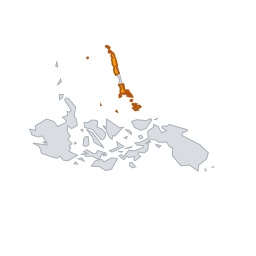 where Palawan sits in Philippines, rotated 118°
{"feature_id": "PHL-2534", "entity_name": "Palawan", "entity_type": "Province", "adm_level": 1, "iso_a3": "PHL", "parent_name": "Philippines", "parent_adm1": "", "projection": "albers", "projection_center": [119.135, 9.647], "detail": "fine", "context": "in_parent", "style": "filled", "palette": "amber", "viewbox_px": 256, "rotation_deg": 118, "n_neighbors": 0, "source": "natural_earth", "source_scale": "10m", "svg_char_len": 9150}
<svg xmlns="http://www.w3.org/2000/svg" viewBox="0 0 256 256"><g transform="rotate(118 128 128)"><path d="M118.4,44.1L127.8,48.2L133.1,46.0L131.8,56.4L136.5,63.4L131.7,75.7L124.9,79.1L125.1,82.5L122.4,87.1L126.3,94.7L125.4,96.8L127.2,102.2L133.0,105.3L132.8,102.4L138.2,100.2L142.2,101.8L144.4,107.5L146.9,106.4L147.2,103.4L153.5,106.3L153.4,107.8L150.2,108.8L153.7,113.7L153.3,115.8L157.9,116.8L156.9,122.9L154.6,121.4L155.4,118.4L147.2,116.8L145.2,111.6L137.9,105.5L136.3,105.8L138.9,112.3L138.0,114.9L135.1,110.7L127.4,105.2L121.9,109.1L115.4,106.0L112.8,107.1L112.5,102.0L116.6,96.0L112.1,92.9L112.1,98.2L110.2,98.6L107.8,94.1L105.6,93.4L101.7,75.0L102.4,74.0L106.6,77.7L109.3,76.8L109.0,56.9L112.1,45.5L118.4,44.1ZM175.8,159.7L185.3,165.8L186.8,170.1L184.8,174.8L187.7,176.2L189.0,179.9L190.9,192.4L185.9,197.7L186.0,204.9L181.0,191.5L179.2,192.5L175.3,200.1L178.1,203.0L179.3,209.4L175.1,214.4L173.5,208.3L169.6,210.9L158.3,204.1L157.0,196.4L159.8,191.0L152.7,185.6L150.4,185.7L149.2,191.0L145.3,187.2L142.0,189.5L141.3,187.0L139.0,186.5L132.9,197.2L130.6,197.0L130.0,194.0L134.1,184.1L142.8,181.2L144.6,177.6L149.5,174.0L155.0,177.5L154.4,182.5L159.5,180.1L162.2,175.1L166.4,175.6L168.1,170.1L171.7,171.4L172.5,169.3L176.3,169.4L175.8,159.7ZM147.9,166.5L143.7,169.3L142.0,165.9L138.1,163.8L135.9,159.3L136.8,157.5L141.8,155.8L141.2,150.3L143.3,145.3L146.8,143.8L150.1,144.7L150.9,146.6L145.8,158.7L147.9,166.5ZM172.1,123.2L176.0,127.6L175.6,135.4L178.9,142.6L172.4,141.4L169.7,138.9L168.2,136.1L169.1,133.3L162.0,128.3L159.9,122.9L172.1,123.2ZM129.4,132.6L141.3,135.9L142.1,138.0L145.5,136.7L145.0,140.0L140.6,146.1L130.1,151.2L131.8,135.4L129.4,132.6ZM84.4,167.0L68.6,178.7L70.3,174.1L94.7,150.9L95.7,144.4L98.9,139.9L98.6,144.7L100.7,150.6L94.3,156.4L89.0,158.3L84.4,167.0ZM109.8,110.9L120.1,111.9L124.2,115.9L124.5,122.4L120.6,127.9L116.5,124.1L113.0,115.4L109.0,112.3L109.8,110.9ZM163.8,139.0L168.4,138.5L169.7,140.6L169.6,146.2L173.0,152.5L171.4,154.0L169.4,151.7L169.9,156.1L166.7,154.4L166.7,146.3L165.0,144.0L162.2,144.5L160.6,136.5L163.8,139.0ZM148.6,164.1L148.7,157.3L156.9,140.0L156.6,151.5L152.7,155.1L148.6,164.1ZM164.4,159.5L158.3,162.0L155.9,161.7L154.3,159.2L161.0,154.6L164.1,156.3L164.4,159.5ZM146.3,122.9L156.8,130.8L156.9,133.7L149.4,127.7L145.4,131.5L146.3,122.9ZM160.5,108.9L158.2,110.2L156.4,108.5L158.7,103.0L161.3,105.7L160.5,108.9ZM135.3,201.8L130.6,204.3L128.9,201.0L131.8,200.0L135.3,201.8ZM103.2,126.9L107.6,127.9L108.7,130.7L104.8,130.7L103.2,126.9ZM129.2,110.4L131.8,111.4L130.4,114.9L128.1,113.2L129.2,110.4ZM118.5,208.6L123.4,210.6L116.4,210.5L118.5,208.6ZM178.6,157.5L176.0,154.9L178.1,150.6L177.9,153.2L178.6,157.5ZM132.3,122.1L130.6,129.3L129.4,126.4L130.4,122.8L132.3,122.1ZM107.1,218.7L107.4,220.8L102.6,222.1L107.1,218.7ZM130.6,91.2L130.4,94.4L129.3,95.8L128.1,90.8L130.6,91.2ZM139.7,147.2L137.6,151.4L137.6,149.0L139.7,147.2ZM105.2,131.9L104.0,134.9L102.9,131.5L105.2,131.9ZM164.2,137.0L162.6,137.1L161.0,134.8L162.9,134.4L164.2,137.0ZM138.2,124.2L138.2,126.9L135.9,124.7L138.2,124.2ZM184.9,158.9L182.5,158.5L183.5,155.5L184.9,158.9ZM143.8,115.9L148.0,121.3L142.7,116.0L143.8,115.9ZM104.8,149.7L102.1,151.2L102.8,148.8L104.8,149.7ZM152.3,166.3L151.8,168.7L150.2,167.5L152.3,166.3ZM152.4,122.4L153.3,125.6L151.3,121.6L152.4,122.4ZM66.7,185.0L65.3,184.9L65.6,182.8L66.7,182.6L66.7,185.0ZM167.3,167.9L165.4,168.1L165.3,166.8L166.3,166.6L167.3,167.9ZM180.5,196.4L179.2,195.0L179.6,193.5L180.5,194.2L180.5,196.4ZM107.3,106.9L108.1,108.7L106.0,106.6L107.3,106.9ZM172.6,155.0L173.3,157.4L171.3,154.5L172.6,155.0ZM129.6,39.6L127.5,41.1L129.0,38.9L129.6,39.6ZM132.5,103.7L129.7,102.4L129.7,101.4L132.5,103.7ZM122.0,33.9L123.8,35.5L121.8,34.4L122.0,33.9Z" fill="#d9dde1" stroke="#a8b0b8" stroke-width="1"/><path d="M87.1,163.5L86.5,164.5L86.0,165.0L85.8,165.6L85.3,166.3L84.4,166.8L83.4,168.0L82.6,168.0L82.0,168.3L81.2,168.3L80.5,168.7L80.3,169.5L80.0,169.8L79.5,171.0L79.0,171.9L77.6,172.6L76.7,173.3L75.6,174.4L75.0,174.5L74.4,174.8L73.4,174.7L73.1,174.8L73.0,175.1L73.0,175.7L72.5,176.4L72.4,176.8L72.2,176.9L71.9,176.8L70.2,177.3L69.9,177.6L69.7,177.9L69.2,178.1L69.0,178.5L68.3,179.1L68.2,179.0L68.2,178.5L68.4,178.0L68.6,177.7L68.6,176.9L68.8,176.8L68.9,176.4L69.3,175.7L69.2,175.5L69.4,175.5L69.5,175.1L70.3,174.3L70.2,174.3L70.4,173.9L70.6,173.7L71.2,173.5L71.4,173.3L72.5,171.7L73.9,170.5L74.3,169.6L75.0,169.3L75.1,169.5L75.3,169.5L75.7,169.3L76.1,168.6L76.0,168.4L77.1,167.7L77.4,167.1L77.5,166.9L78.4,167.0L78.7,166.8L78.7,167.1L78.8,167.3L79.5,166.5L80.5,165.9L80.5,165.3L81.3,164.8L81.6,164.1L82.4,163.5L82.7,163.1L83.1,162.7L83.3,162.4L83.3,162.0L83.5,161.7L83.8,161.7L87.1,163.5ZM91.7,153.3L92.1,153.1L92.1,152.9L92.2,152.6L91.6,152.7L91.5,152.4L91.8,152.0L92.2,151.9L92.7,152.1L92.9,151.6L93.2,151.6L92.9,151.3L92.9,151.1L93.4,150.8L93.3,151.1L93.4,152.0L93.5,152.1L93.8,152.0L94.1,151.6L94.3,151.2L94.6,151.1L94.8,150.8L95.2,150.7L95.4,150.5L95.0,150.1L95.0,149.9L95.3,150.0L95.6,149.9L95.9,149.4L96.3,147.7L96.2,147.5L95.9,147.0L95.7,147.0L95.3,147.0L95.2,146.3L94.7,146.0L95.1,145.5L94.8,145.1L94.9,144.9L94.7,144.8L94.8,144.7L95.0,144.7L95.0,145.0L95.2,144.8L95.3,145.0L95.6,144.9L95.4,145.2L95.6,145.6L95.3,145.6L95.8,145.6L95.8,145.9L96.1,146.4L96.3,146.3L96.3,146.5L96.8,146.8L97.0,147.2L97.6,147.6L97.8,147.6L97.8,147.3L97.5,146.7L97.7,146.3L97.2,145.9L96.6,145.8L96.4,145.6L96.3,145.4L96.5,144.9L96.0,144.9L95.9,144.8L95.9,144.0L96.0,143.7L96.2,144.0L96.5,144.0L96.0,143.2L96.0,142.8L96.1,142.7L96.7,143.3L97.0,143.4L97.2,142.8L97.4,142.4L97.0,141.9L96.8,141.6L97.0,141.6L97.1,141.4L97.3,141.0L97.2,140.1L97.3,139.9L97.5,139.6L97.9,139.3L98.1,138.6L98.3,138.5L98.6,139.6L98.8,139.8L98.9,139.6L99.1,140.1L99.1,140.6L99.0,141.1L98.5,142.5L98.6,142.8L99.1,143.3L99.2,143.8L99.0,144.0L98.6,143.8L98.3,144.4L98.4,145.0L98.3,145.6L98.7,146.4L99.0,146.4L99.5,146.2L99.6,146.3L99.5,146.9L99.6,147.8L99.4,148.4L99.6,148.4L100.3,148.3L100.4,148.6L100.0,148.6L100.1,149.0L100.3,149.1L100.4,149.7L100.5,149.9L101.0,150.2L101.2,150.4L101.0,150.7L100.5,150.9L100.2,151.3L99.1,152.3L98.3,152.3L97.8,152.2L96.4,152.9L95.5,153.8L95.1,154.3L94.9,154.9L94.7,156.1L94.3,156.5L92.9,155.1L93.0,154.5L91.7,153.3ZM109.2,130.4L109.2,130.7L108.9,130.9L108.7,130.9L108.2,130.8L107.8,131.0L107.3,130.7L107.1,130.8L107.1,130.6L106.5,130.5L106.4,130.6L106.5,130.7L106.4,131.2L106.2,131.3L105.8,130.8L105.2,130.9L104.7,130.7L104.3,130.1L103.9,129.7L103.8,129.1L103.3,128.1L103.1,128.4L102.9,128.8L102.7,128.7L103.0,128.3L103.0,127.5L103.7,127.2L103.4,127.2L103.1,127.3L103.1,126.8L103.2,126.6L103.7,126.7L103.9,127.2L104.7,127.4L105.7,128.2L106.2,128.3L105.9,128.4L105.9,128.7L106.2,128.7L107.2,129.4L107.3,129.2L107.6,129.2L107.6,128.0L107.9,128.4L107.9,129.0L108.0,129.1L108.4,129.1L108.5,129.3L108.5,129.2L109.1,129.8L109.1,130.1L108.8,130.4L108.8,130.5L109.0,130.5L109.2,130.4ZM104.7,132.0L105.4,132.5L105.8,132.7L105.3,132.8L105.4,133.1L105.2,133.3L105.5,133.4L105.7,133.6L105.4,134.0L105.6,134.3L105.3,134.7L104.9,135.0L104.5,135.1L104.3,135.3L104.1,135.1L104.1,134.7L104.1,134.3L104.5,134.6L104.4,134.3L104.7,133.9L104.8,133.7L104.7,133.5L104.4,133.5L104.3,133.8L104.2,133.9L103.8,133.8L103.6,133.3L103.4,133.2L103.7,133.0L103.1,132.3L102.8,131.5L103.3,131.6L103.3,131.3L103.5,131.2L103.8,131.4L104.2,131.6L104.2,131.8L105.1,131.8L105.0,132.0L104.7,132.0ZM102.9,148.7L104.7,149.6L104.9,149.8L104.6,149.9L104.7,150.1L104.3,150.2L104.1,150.1L104.0,150.4L103.6,149.9L103.7,150.7L103.6,150.9L103.3,150.9L103.2,151.1L102.4,151.3L102.2,151.3L102.0,151.2L101.9,150.7L101.9,150.2L101.7,150.2L102.1,149.7L102.6,148.8L102.9,148.7ZM66.8,182.7L66.7,183.1L66.9,183.3L66.6,183.6L66.8,184.5L66.7,185.0L66.8,185.2L66.4,185.7L66.0,185.8L66.1,186.1L65.8,186.1L65.6,186.0L65.7,185.8L65.6,185.6L65.1,184.5L65.2,182.7L65.3,182.8L65.5,183.1L65.9,182.7L66.7,182.6L66.8,182.7ZM69.9,179.2L70.3,179.5L70.3,180.3L70.4,180.6L70.2,180.9L70.0,181.0L69.9,180.9L69.5,181.1L69.3,180.8L69.2,180.0L69.4,179.4L69.6,179.3L69.9,179.2ZM103.0,137.2L103.1,137.7L103.0,138.2L102.6,139.0L102.4,138.9L102.6,138.4L102.1,138.3L101.9,138.6L101.6,138.4L101.3,138.3L101.2,138.0L101.2,137.7L101.8,138.2L101.9,137.5L102.3,138.0L102.4,137.8L102.6,138.0L102.7,137.6L102.7,137.4L102.8,137.2L103.0,137.2ZM85.7,196.7L85.6,197.0L85.3,197.1L84.5,197.0L84.4,196.9L84.3,196.5L84.7,196.2L84.9,196.3L85.4,196.1L85.7,196.3L85.8,196.6L85.7,196.7ZM108.4,131.8L108.1,131.9L108.2,132.2L108.1,132.7L108.3,133.2L108.2,133.3L107.3,131.5L108.1,131.3L108.3,131.4L108.4,131.8ZM118.9,145.1L118.9,145.6L118.7,146.1L118.8,146.3L118.1,146.3L117.9,146.2L118.1,145.7L118.8,145.2L118.9,145.1ZM100.0,143.1L100.1,143.5L100.2,143.8L99.9,143.8L99.7,143.9L99.7,143.7L99.3,143.4L99.3,142.7L100.0,143.1ZM68.9,179.4L69.1,179.3L69.2,179.5L68.5,180.0L68.2,180.1L68.1,179.7L68.9,179.0L68.8,179.3L68.9,179.4ZM66.1,182.6L65.8,182.2L65.6,182.1L66.3,181.7L66.5,181.9L66.6,182.4L66.1,182.6ZM99.7,141.4L99.9,141.5L99.9,141.8L99.4,142.2L99.2,142.1L99.2,141.7L99.7,141.4ZM67.7,181.1L68.2,181.2L68.4,181.3L68.4,181.5L68.1,181.5L67.8,181.4L67.7,181.3L67.7,181.1ZM121.0,162.0L120.8,162.5L120.5,162.7L120.7,162.3L120.9,162.2L121.1,161.8L121.0,162.0Z" fill="#f59e0b" stroke="#b45309" stroke-width="1.5"/></g></svg>